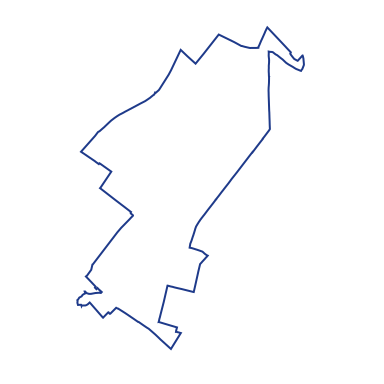 the district of Dragoesti, Ialomita, Romania, rotated 262°
{"feature_id": "2599482B30507331173389", "entity_name": "Dragoesti", "entity_type": "district", "adm_level": 2, "iso_a3": "ROU", "parent_name": "Romania", "parent_adm1": "Ialomita", "projection": "equal_earth", "projection_center": [26.544, 44.558], "detail": "fine", "context": "isolated", "style": "outline", "palette": "blue", "viewbox_px": 384, "rotation_deg": 262, "n_neighbors": 0, "source": "geoboundaries", "source_scale": "gbopen_adm2", "svg_char_len": 4717}
<svg xmlns="http://www.w3.org/2000/svg" viewBox="0 0 384 384"><g transform="rotate(262 192 192)"><path d="M316.6,309.3L316.9,309.0L317.4,308.7L319.5,307.2L321.5,305.8L323.1,304.7L324.5,303.7L329.6,300.1L338.9,293.5L344.5,289.5L343.3,288.6L342.4,288.0L341.6,287.5L340.9,287.0L339.5,286.2L337.1,284.7L336.0,284.0L335.2,283.5L334.4,283.0L332.1,281.5L331.6,281.2L330.1,280.3L328.9,279.6L328.4,279.3L327.3,278.6L326.2,277.8L326.0,277.7L325.9,277.7L325.6,277.8L325.5,277.5L325.7,276.1L326.2,272.1L326.4,270.9L326.5,269.7L326.8,268.7L328.5,264.3L329.3,262.5L329.6,261.9L329.7,261.2L332.9,256.9L334.6,254.6L344.2,240.4L327.1,222.6L318.6,213.4L327.1,206.3L330.9,203.3L334.3,200.6L315.5,188.2L311.4,185.2L298.8,174.5L297.8,173.6L297.3,173.0L295.2,169.8L295.6,169.3L293.7,168.1L293.4,167.3L291.8,164.6L291.3,163.9L289.8,160.9L288.5,158.2L286.8,153.3L281.4,138.5L280.8,136.8L280.1,135.1L279.1,132.3L278.8,131.3L277.6,128.6L276.1,125.6L274.0,121.9L272.4,119.6L269.4,115.4L268.5,114.2L266.9,111.7L265.0,108.8L264.6,107.5L263.9,106.7L262.9,105.7L261.1,103.9L247.3,87.7L235.9,100.3L235.5,100.6L232.6,103.6L233.3,104.3L232.7,105.1L223.4,114.9L208.9,101.9L208.6,101.5L194.6,115.1L180.7,128.8L180.5,128.6L180.1,128.3L179.8,128.3L179.3,128.4L177.3,130.2L177.0,130.3L176.8,130.2L176.5,130.0L175.2,128.2L173.4,126.0L166.4,116.9L162.5,112.5L134.1,83.7L134.0,83.3L129.0,81.4L123.9,76.5L123.1,75.2L113.5,82.1L111.6,83.4L110.8,82.6L109.1,83.8L110.1,85.0L107.2,87.1L107.3,87.2L105.5,88.7L104.7,87.7L105.0,86.7L105.2,85.4L105.4,82.4L105.2,77.9L105.5,75.7L106.5,73.6L108.4,72.2L108.4,71.9L106.5,72.4L106.2,71.3L105.4,69.4L104.0,68.1L103.7,67.2L103.1,65.7L102.2,64.9L101.1,64.0L101.0,63.5L100.8,63.4L99.2,63.4L98.4,63.1L98.0,63.1L96.0,63.4L95.9,65.1L95.7,66.5L95.2,66.7L94.5,66.8L94.8,67.0L94.9,67.3L94.9,67.8L94.8,68.4L94.6,69.9L94.5,70.6L94.6,71.3L95.0,72.5L95.4,73.3L96.8,75.3L95.2,76.4L80.0,86.3L79.9,86.4L84.4,92.2L84.5,92.4L84.5,92.6L83.4,93.2L82.9,93.5L82.8,93.8L82.9,94.2L87.9,100.8L87.0,102.0L86.9,102.5L81.3,109.1L74.6,116.5L72.0,119.3L70.8,120.6L70.8,121.0L66.8,125.3L63.9,128.5L62.6,130.1L55.9,135.9L51.2,139.6L50.4,140.2L39.5,149.3L53.9,161.3L54.6,159.7L55.0,158.8L55.0,158.7L55.6,157.3L55.7,156.9L55.8,156.8L55.8,156.7L56.9,157.0L60.0,158.3L62.9,151.9L67.9,141.0L67.9,140.9L69.6,141.6L70.8,142.0L72.3,142.7L75.8,144.1L87.0,148.7L101.1,154.1L102.7,154.7L102.7,154.8L101.4,157.8L101.2,158.4L101.1,158.6L100.9,159.3L100.4,160.4L100.0,161.3L99.6,162.3L98.9,164.1L97.4,168.1L94.2,176.0L92.9,179.2L92.7,179.8L96.6,181.3L100.3,182.7L111.0,186.7L112.4,187.2L119.5,190.0L120.8,191.6L121.7,192.6L122.5,193.6L122.8,194.0L123.1,194.3L123.7,195.1L124.5,196.0L125.2,196.8L126.2,198.1L126.8,198.7L127.3,197.9L128.6,196.5L129.6,195.6L131.0,194.5L131.7,193.7L131.9,193.3L132.4,192.3L132.8,191.6L133.1,191.0L133.7,189.8L134.2,188.8L134.9,187.3L135.5,186.1L136.5,183.9L137.2,181.9L141.0,183.1L143.8,184.7L147.9,186.7L149.2,187.4L150.1,187.8L150.7,188.1L151.3,188.4L152.2,188.8L153.9,189.6L155.3,190.2L156.4,190.8L157.2,191.2L159.2,192.8L161.1,194.4L161.6,194.8L162.1,195.3L162.3,195.5L163.1,196.2L163.6,196.6L164.0,197.1L164.5,197.6L164.9,197.9L165.2,198.3L165.7,198.8L166.1,199.2L166.4,199.5L167.7,200.9L168.3,201.5L168.7,201.9L169.4,202.6L170.2,203.4L172.4,205.6L178.3,211.7L179.3,212.7L180.0,213.4L181.4,214.9L181.5,214.8L181.7,215.1L182.1,215.5L182.8,216.2L184.2,217.7L185.8,219.3L187.7,221.2L189.6,223.2L190.5,224.1L193.3,227.0L195.7,229.5L199.4,233.1L205.3,239.3L212.5,246.6L218.0,252.2L219.0,253.2L222.9,257.2L223.1,257.4L222.9,257.5L224.6,259.2L228.0,262.6L232.5,267.2L234.5,269.3L234.8,269.6L235.0,269.5L236.7,271.3L237.7,272.3L239.9,274.5L242.0,276.6L243.3,277.8L243.6,277.9L246.7,278.2L248.6,278.4L251.2,278.7L255.1,279.1L256.9,279.3L258.8,279.5L259.5,279.6L262.2,279.8L269.7,280.6L276.4,281.3L279.7,281.7L281.7,281.9L284.6,282.4L286.4,282.8L288.8,283.3L290.5,283.6L293.7,284.1L295.3,284.3L295.6,284.5L295.9,284.3L296.9,284.4L298.7,284.6L300.2,284.7L301.7,284.9L303.5,285.2L303.8,285.3L305.5,285.5L306.8,285.7L308.0,286.0L309.9,286.4L310.7,286.5L311.8,286.7L313.1,286.8L314.0,286.8L316.2,286.9L319.2,287.4L320.4,287.5L319.9,288.9L319.7,289.8L319.6,290.6L319.1,291.6L317.5,293.1L316.6,294.0L315.6,295.4L312.5,298.3L310.6,300.2L308.8,301.6L306.8,303.2L304.9,305.3L301.8,309.3L300.4,310.9L299.3,312.3L298.3,314.1L297.0,316.3L296.8,316.8L297.2,317.0L297.5,317.4L298.5,318.4L301.5,320.1L302.1,320.4L302.8,320.6L306.7,320.8L308.6,320.9L311.0,320.7L311.8,320.5L311.8,320.4L310.1,318.4L308.2,316.1L307.4,315.2L307.2,314.9L307.3,314.7L307.7,314.2L309.4,311.9L309.6,311.7L311.4,310.6L313.3,309.5L314.8,308.7L315.3,308.6L315.5,308.6L315.8,308.9L316.0,309.0L316.4,309.3L316.5,309.3L316.6,309.3Z" fill="none" stroke="#1e3a8a" stroke-width="2"/></g></svg>